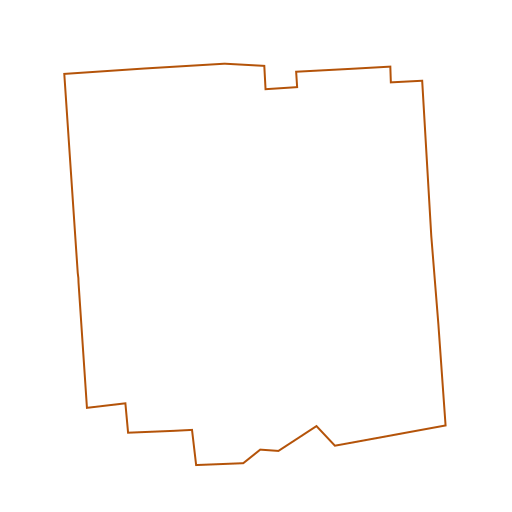 Franklin, Ohio, United States of America (orthographic projection), rotated 263°
{"feature_id": "52423323B46586650957438", "entity_name": "Franklin", "entity_type": "district", "adm_level": 2, "iso_a3": "USA", "parent_name": "United States of America", "parent_adm1": "Ohio", "projection": "orthographic", "projection_center": [-83.012, 39.969], "detail": "fine", "context": "isolated", "style": "outline", "palette": "amber", "viewbox_px": 512, "rotation_deg": 263, "n_neighbors": 0, "source": "geoboundaries", "source_scale": "gbopen_adm2", "svg_char_len": 510}
<svg xmlns="http://www.w3.org/2000/svg" viewBox="0 0 512 512"><g transform="rotate(263 256 256)"><path d="M443.7,287.4L450.7,248.3L455.7,168.1L460.1,87.9L288.6,78.5L260.8,77.0L255.8,77.0L251.2,76.6L125.9,69.7L125.7,108.4L96.2,107.5L92.5,152.9L91.2,171.3L55.8,171.1L51.9,218.1L63.3,236.6L59.8,254.5L79.8,295.3L58.1,311.2L64.7,423.5L166.1,428.7L254.4,432.4L409.7,442.3L411.9,411.0L427.6,412.4L430.2,373.0L434.0,318.3L418.6,317.4L420.4,285.8L443.7,287.4Z" fill="none" stroke="#b45309" stroke-width="2"/></g></svg>